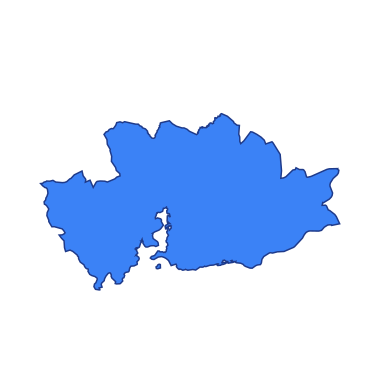 outline of Misungwi, Mwanza, United Republic of Tanzania, rotated 245°
{"feature_id": "72390352B3687042598615", "entity_name": "Misungwi", "entity_type": "district", "adm_level": 2, "iso_a3": "TZA", "parent_name": "United Republic of Tanzania", "parent_adm1": "Mwanza", "projection": "robinson", "projection_center": [32.979, -2.954], "detail": "fine", "context": "isolated", "style": "filled", "palette": "blue", "viewbox_px": 384, "rotation_deg": 245, "n_neighbors": 0, "source": "geoboundaries", "source_scale": "gbopen_adm2", "svg_char_len": 6054}
<svg xmlns="http://www.w3.org/2000/svg" viewBox="0 0 384 384"><g transform="rotate(245 192 192)"><path d="M100.8,312.4L108.7,312.4L111.3,311.9L117.0,309.0L118.2,307.9L122.4,308.0L123.6,307.5L124.9,304.3L127.2,306.0L126.7,306.4L127.5,313.5L128.6,316.2L129.7,317.6L131.7,319.0L138.9,319.5L140.2,320.0L141.8,321.3L144.6,325.6L146.2,330.9L147.4,332.7L149.7,334.3L151.4,333.3L151.7,333.8L155.0,326.2L155.5,323.8L155.8,306.5L156.5,303.0L157.3,302.2L162.6,303.0L164.7,302.6L165.4,302.1L167.0,298.8L170.0,296.5L168.7,295.1L169.3,292.7L166.1,283.5L166.1,280.8L166.9,278.3L173.4,282.1L188.8,287.8L202.2,286.2L203.7,285.7L204.4,279.1L208.4,279.4L212.5,277.8L216.9,275.1L220.7,272.2L221.8,270.6L216.4,260.6L215.2,256.6L217.6,256.7L221.7,258.5L224.6,258.8L232.3,263.1L233.6,261.0L237.1,259.2L238.3,259.4L245.7,256.1L250.5,251.9L250.5,250.9L249.9,249.8L249.1,250.0L248.8,248.9L249.7,247.7L248.9,246.9L248.5,245.3L249.3,244.9L249.5,244.0L247.4,243.1L246.6,241.0L245.2,240.5L245.3,239.2L246.3,238.7L246.9,237.6L246.3,236.9L246.3,235.8L244.9,235.3L244.8,234.6L245.7,234.0L245.3,233.1L244.5,233.1L244.3,231.8L244.9,231.3L245.2,230.0L245.7,229.8L245.9,228.9L246.6,229.0L246.8,228.2L246.0,228.1L247.0,226.6L246.2,226.2L245.3,224.2L244.7,224.2L244.2,223.1L243.5,223.0L243.5,222.3L242.6,222.2L242.1,220.4L248.0,215.4L251.0,214.0L253.4,211.9L254.3,210.0L258.2,205.7L262.1,203.1L266.1,201.6L267.9,193.1L267.8,192.3L266.4,191.6L266.0,190.5L264.5,190.3L264.4,189.3L263.0,188.0L262.2,186.2L261.3,185.9L259.0,182.5L258.2,182.6L256.9,181.2L256.8,180.1L257.7,178.5L260.3,177.6L261.6,177.7L262.6,177.0L263.8,177.2L264.3,176.7L265.9,177.4L268.8,176.5L271.3,174.1L272.5,174.2L274.2,172.6L276.1,172.1L277.4,169.5L284.2,160.6L284.1,158.4L286.0,156.4L286.7,153.1L284.7,151.1L283.1,148.3L282.7,147.2L283.6,145.8L283.6,143.4L282.5,141.3L282.8,139.5L281.4,136.6L275.5,137.1L271.0,135.4L265.0,135.9L264.2,135.2L258.3,134.3L253.8,131.9L246.4,133.1L243.5,132.5L239.2,134.3L237.0,133.6L237.3,130.1L236.5,127.6L236.8,119.5L238.6,117.6L240.8,113.4L241.7,110.5L241.3,109.2L237.9,104.4L245.8,104.6L246.0,99.5L248.0,100.9L248.9,101.0L252.7,100.2L257.5,101.2L257.3,92.5L255.5,88.2L255.5,86.7L254.3,82.9L254.5,80.6L255.2,78.6L258.6,72.7L261.3,70.9L261.9,67.7L263.4,64.8L263.1,64.0L263.5,62.1L263.0,60.2L263.6,58.4L260.7,59.3L258.2,60.6L257.2,61.8L255.5,62.1L251.7,60.9L249.3,58.6L248.4,57.2L246.6,55.9L245.6,53.8L243.3,53.1L242.4,53.9L240.8,54.5L237.4,55.0L236.5,54.4L234.6,52.1L231.9,50.5L227.0,50.3L225.6,49.7L219.7,50.3L218.8,52.5L213.5,58.7L211.3,59.4L208.7,59.7L208.2,58.9L208.0,56.3L209.1,53.4L205.2,54.2L201.8,55.4L195.4,52.9L191.5,52.3L190.9,56.9L188.5,58.9L183.2,61.4L182.4,61.2L181.3,61.7L179.3,61.0L175.7,61.1L171.7,63.3L169.7,63.2L167.9,63.6L166.9,64.2L166.3,65.2L165.2,65.1L164.0,64.2L160.6,64.5L158.7,65.8L156.3,68.4L154.1,69.5L153.1,69.4L150.4,66.6L149.8,64.7L147.6,63.1L144.6,63.4L142.4,66.6L142.3,67.2L142.6,67.3L144.3,67.2L143.8,70.3L146.4,70.6L147.5,71.4L148.7,74.9L150.3,76.1L152.2,78.6L153.7,81.7L153.6,83.1L153.0,83.8L150.9,83.8L149.8,83.1L147.9,83.0L143.0,84.9L141.5,83.7L140.6,84.7L139.4,87.7L139.3,88.4L140.6,91.6L142.6,92.0L143.2,93.1L143.1,94.1L144.8,95.7L146.1,95.6L146.8,96.4L147.1,98.0L146.5,100.7L146.9,101.5L149.5,103.5L150.6,105.3L149.5,108.2L149.5,111.6L149.9,112.0L152.0,112.6L153.0,115.1L153.8,115.9L155.3,116.2L157.6,115.0L158.6,115.5L158.4,114.7L158.7,115.5L158.6,114.7L158.9,115.1L159.3,116.8L160.0,117.1L161.7,116.9L163.0,117.4L163.6,116.5L164.3,116.4L164.3,117.1L165.0,117.7L164.6,119.1L164.3,117.6L164.0,117.5L163.9,118.0L164.4,119.2L165.1,119.5L164.1,119.4L164.3,121.0L167.6,124.0L168.1,125.3L169.2,124.9L169.1,125.4L170.3,126.8L168.6,126.4L168.1,126.8L166.3,125.9L162.7,126.4L161.6,127.0L160.9,128.6L160.7,131.7L160.1,133.3L159.3,135.0L157.9,136.2L157.8,139.0L160.2,139.8L161.6,139.7L166.2,137.1L169.1,137.7L170.8,139.1L171.2,138.7L171.6,141.4L171.4,146.0L171.9,148.1L174.0,152.0L178.2,151.7L179.5,152.5L180.9,152.3L183.1,149.8L183.2,147.6L184.5,148.0L186.1,149.9L187.0,150.3L187.4,151.4L187.9,151.4L187.9,152.7L186.9,154.3L186.9,157.2L189.3,159.2L188.7,160.3L189.1,162.5L187.9,162.2L187.2,162.8L186.3,162.4L185.7,161.2L183.5,160.4L182.5,160.8L182.5,161.7L181.8,162.3L179.0,161.8L179.1,161.2L180.7,161.0L180.7,159.5L176.3,157.2L174.6,156.8L173.7,158.2L173.0,158.5L173.7,157.3L172.6,156.6L174.0,157.2L173.0,155.8L172.9,153.8L172.2,153.1L170.1,152.6L170.7,153.9L170.5,155.0L171.2,157.3L170.3,155.9L170.3,156.3L171.0,158.0L169.9,158.8L169.2,157.8L169.3,158.2L168.2,158.0L167.0,155.5L169.2,155.3L170.0,153.8L167.0,153.5L166.7,152.4L165.7,152.0L162.8,152.4L161.1,150.0L159.4,149.0L158.9,148.0L157.6,147.5L156.3,148.1L154.0,147.7L153.1,145.6L151.2,145.2L150.4,144.2L149.2,143.7L148.6,142.1L149.1,141.9L149.2,140.7L150.2,140.1L151.2,137.8L152.3,137.4L153.0,136.1L150.6,132.0L150.3,130.8L150.7,128.0L149.8,126.3L148.0,127.2L146.9,129.0L147.3,133.9L146.3,137.2L144.5,139.1L142.6,140.5L139.8,141.8L134.1,142.0L133.4,147.0L131.9,147.1L130.9,146.3L128.7,146.8L127.3,147.6L127.4,148.2L126.7,149.2L125.0,150.6L124.5,153.1L125.0,153.9L124.5,153.5L122.9,155.1L121.4,160.0L119.7,162.4L120.6,167.5L119.3,170.1L119.4,172.2L118.9,172.4L118.5,173.3L118.0,177.2L116.7,180.6L116.2,184.5L115.8,185.2L115.2,183.9L114.5,184.2L113.5,187.0L113.7,188.2L113.2,189.5L113.0,191.9L113.3,193.7L114.9,190.8L115.0,189.3L115.4,189.3L117.2,191.8L116.7,191.5L116.6,192.6L114.6,193.8L113.9,195.1L112.2,194.7L110.9,199.4L111.4,200.2L111.9,198.9L113.2,198.2L113.1,199.4L112.0,199.5L111.0,200.6L110.8,200.4L110.6,202.4L109.9,201.8L109.2,202.2L106.9,206.0L104.8,207.8L103.2,208.2L101.9,209.1L98.6,212.3L97.5,214.4L98.3,218.6L98.2,220.5L97.3,223.4L98.4,224.9L101.4,226.9L103.2,229.8L104.0,235.9L104.0,237.1L102.6,239.3L101.7,244.1L99.2,250.3L98.9,260.5L99.1,261.8L103.5,272.6L105.9,275.8L107.2,278.5L107.3,280.8L106.9,282.4L103.0,290.4L102.5,293.2L104.2,297.0L104.7,300.9L104.2,302.7L103.2,304.5L102.7,304.5L100.8,312.4ZM139.5,132.6L140.1,132.3L140.5,131.3L140.3,130.0L139.6,129.3L139.3,127.7L137.7,127.4L136.9,128.5L136.5,131.3L139.5,132.6Z" fill="#3b82f6" stroke="#1e3a8a" stroke-width="1.5"/></g></svg>